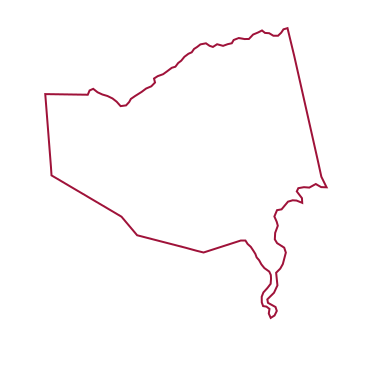 Jati, Ceará, Brazil (Albers equal-area conic projection), rotated 346°
{"feature_id": "56859067B99561003236729", "entity_name": "Jati", "entity_type": "district", "adm_level": 2, "iso_a3": "BRA", "parent_name": "Brazil", "parent_adm1": "Ceará", "projection": "albers", "projection_center": [-38.971, -7.726], "detail": "fine", "context": "isolated", "style": "outline", "palette": "rose", "viewbox_px": 384, "rotation_deg": 346, "n_neighbors": 0, "source": "geoboundaries", "source_scale": "gbopen_adm2", "svg_char_len": 1548}
<svg xmlns="http://www.w3.org/2000/svg" viewBox="0 0 384 384"><g transform="rotate(346 192 192)"><path d="M167.3,82.7L160.0,85.1L155.2,86.9L152.8,89.5L149.0,92.0L143.5,91.4L140.7,86.1L137.5,82.0L133.2,78.4L128.6,75.7L124.5,72.4L121.1,68.0L117.2,68.7L114.4,72.4L73.3,61.5L61.2,133.6L59.7,141.9L109.2,190.6L117.6,198.9L128.3,220.7L172.4,244.6L182.0,250.0L188.6,253.5L227.5,250.9L232.1,252.0L233.4,255.9L235.8,259.5L237.4,264.0L238.5,267.4L238.9,271.1L240.6,274.4L241.8,279.0L243.8,283.3L247.7,287.9L248.4,291.6L247.7,295.3L246.1,300.1L241.8,303.5L237.0,306.7L234.3,310.5L233.0,316.0L233.4,319.9L236.5,321.2L238.9,324.2L237.1,328.5L237.9,333.2L242.2,331.8L245.5,327.9L245.2,323.8L238.9,317.9L239.1,314.4L247.2,309.6L252.3,303.3L254.1,290.7L259.1,287.7L262.7,283.9L268.4,273.5L268.0,268.3L262.2,262.2L260.9,258.0L262.8,251.8L267.1,245.5L267.0,241.4L266.0,235.7L270.1,230.2L274.7,230.5L282.8,224.6L287.7,224.4L291.4,225.6L296.3,229.2L297.2,224.6L293.8,216.8L296.1,214.0L301.8,214.4L306.9,216.1L314.0,214.2L318.5,218.5L323.7,220.0L321.2,208.5L321.7,191.2L324.1,84.6L324.3,56.1L320.1,56.3L317.1,59.0L313.3,61.2L308.8,60.1L305.3,56.6L301.3,55.3L299.0,52.2L294.7,53.2L289.4,54.0L284.2,57.3L280.0,56.3L274.5,53.9L269.2,54.6L266.6,57.3L262.4,57.2L257.5,57.7L252.1,54.7L247.4,56.3L244.4,54.4L241.5,51.1L235.9,50.8L232.1,52.5L228.6,53.7L225.5,56.4L222.0,57.0L217.3,59.0L213.3,62.0L209.8,63.5L206.2,66.4L202.4,66.6L197.2,68.8L192.5,70.7L186.8,71.3L182.6,72.7L182.6,76.8L178.1,79.6L172.5,80.5L167.3,82.7Z" fill="none" stroke="#9f1239" stroke-width="2"/></g></svg>